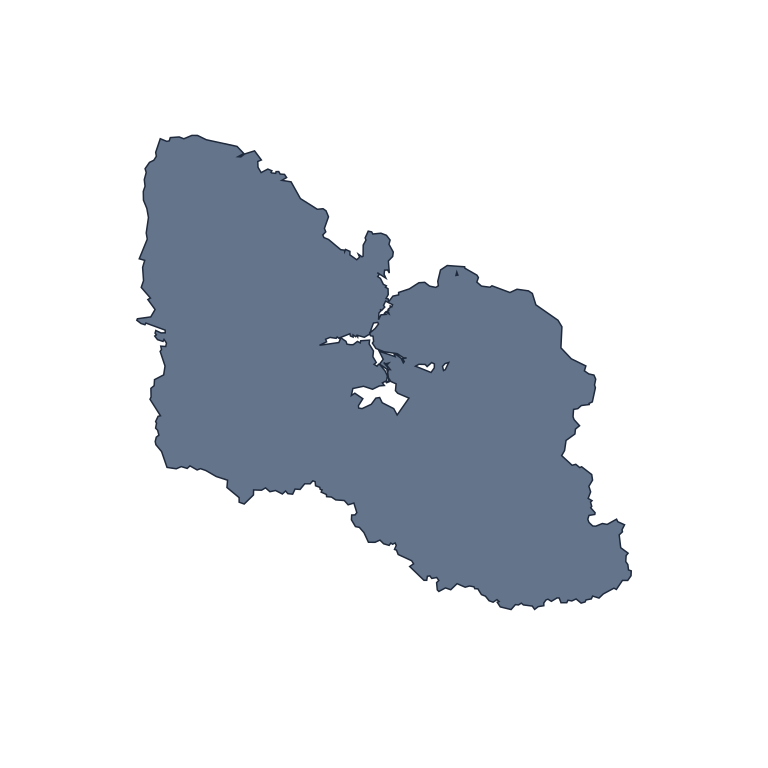 Kadamjay, Batken, Kyrgyzstan (Equal Earth projection), rotated 19°
{"feature_id": "92254566B89455719533038", "entity_name": "Kadamjay", "entity_type": "district", "adm_level": 2, "iso_a3": "KGZ", "parent_name": "Kyrgyzstan", "parent_adm1": "Batken", "projection": "equal_earth", "projection_center": [71.702, 39.995], "detail": "fine", "context": "isolated", "style": "filled", "palette": "slate", "viewbox_px": 768, "rotation_deg": 19, "n_neighbors": 0, "source": "geoboundaries", "source_scale": "gbopen_adm2", "svg_char_len": 6166}
<svg xmlns="http://www.w3.org/2000/svg" viewBox="0 0 768 768"><g transform="rotate(19 384 384)"><path d="M678.4,490.4L680.0,484.9L678.6,480.2L675.7,480.2L673.4,475.4L670.4,473.2L668.8,467.4L669.9,464.5L661.1,461.7L655.5,450.1L657.6,446.1L656.5,444.3L657.3,438.8L649.9,438.1L647.9,436.1L640.7,444.1L635.9,444.8L630.5,449.5L627.6,450.3L622.9,448.2L620.7,445.5L620.6,441.5L625.8,438.7L625.5,437.0L619.7,433.7L620.3,432.1L617.7,428.4L618.7,426.6L614.3,425.7L614.5,418.7L611.0,414.0L612.5,407.0L609.9,402.0L597.8,397.9L596.3,399.3L591.5,397.5L588.3,399.6L575.3,393.9L576.4,388.1L574.5,378.1L580.8,369.1L579.7,364.3L582.5,359.8L575.3,355.8L573.4,353.4L571.5,346.3L575.3,344.2L577.6,340.1L584.7,336.6L584.2,335.6L586.8,333.1L585.1,318.7L583.4,316.4L582.6,310.5L579.6,307.2L574.3,307.8L569.2,306.3L569.0,301.2L552.9,299.2L539.5,292.2L533.6,272.0L527.8,267.1L501.8,259.7L494.8,250.1L490.2,248.9L478.9,251.1L473.3,256.5L454.1,256.0L452.7,258.0L444.3,259.7L438.6,257.4L438.6,252.6L436.4,250.8L422.8,248.2L422.1,246.9L405.2,251.4L400.3,257.8L401.4,269.4L403.4,273.4L401.6,275.8L395.2,276.6L389.4,274.6L384.0,276.9L377.0,285.8L368.0,292.7L368.8,295.0L363.8,298.0L361.6,304.8L360.3,302.2L358.1,302.5L358.9,298.1L356.8,292.6L353.8,292.0L354.3,290.4L351.0,290.0L346.2,285.3L343.1,284.5L343.9,281.8L341.4,280.9L351.3,283.3L348.4,280.3L347.5,276.2L350.3,275.0L352.9,277.4L348.1,266.2L350.7,260.6L349.8,256.2L343.2,250.3L342.9,245.9L337.9,242.6L332.0,242.4L324.6,245.8L322.8,244.2L319.3,244.6L318.6,252.0L320.1,253.8L319.1,259.4L322.6,269.9L321.8,270.9L317.4,269.6L319.6,272.0L317.8,275.4L309.7,273.0L308.6,269.7L303.8,269.3L303.7,271.6L303.0,270.3L299.4,271.1L284.5,265.4L279.5,265.1L277.6,263.0L279.4,259.1L277.0,256.3L277.1,244.0L272.8,239.1L269.3,238.1L264.1,240.5L244.6,235.9L230.3,223.1L221.1,224.7L224.7,220.5L221.7,218.2L217.5,219.3L215.3,217.4L212.8,218.3L213.0,220.1L209.2,221.0L208.2,220.6L208.6,218.9L204.2,218.6L199.0,224.1L194.3,220.1L192.2,214.7L195.1,212.1L185.7,205.7L177.3,211.9L174.7,215.9L172.0,216.6L176.4,211.7L167.7,207.2L136.5,210.9L126.7,209.7L121.4,211.5L114.9,217.3L109.9,217.1L101.7,220.6L101.8,224.0L99.6,225.3L92.6,224.9L92.7,239.3L94.6,242.8L93.5,247.4L90.1,250.8L88.0,258.2L90.3,261.4L90.8,268.8L93.7,274.8L93.7,280.3L96.7,288.5L102.6,295.2L107.1,303.3L110.0,318.6L113.0,324.1L111.8,345.3L117.5,345.0L117.8,352.3L123.0,364.6L123.0,371.7L135.2,378.8L133.2,381.0L143.3,388.1L141.6,396.5L129.6,402.6L129.5,404.2L134.5,405.9L138.7,405.8L139.0,403.9L159.5,404.3L160.5,406.8L156.6,408.3L150.8,407.7L151.0,410.5L152.8,411.6L151.6,413.3L155.4,415.8L161.2,415.7L161.5,413.5L165.0,416.1L165.4,419.6L160.6,420.9L162.4,423.9L161.7,426.0L171.1,438.3L172.7,447.1L165.6,454.6L167.2,460.4L165.0,464.0L168.0,472.1L167.7,474.6L183.0,486.8L180.9,488.1L180.3,493.9L181.7,495.1L182.4,500.1L185.0,501.4L187.8,505.7L186.0,508.4L186.4,512.9L188.1,515.7L195.7,520.3L206.0,533.5L215.2,531.8L219.2,528.1L225.4,527.9L227.2,524.6L235.3,526.1L238.0,523.8L243.6,523.8L255.5,526.1L267.4,525.9L269.2,533.0L284.0,538.6L285.5,542.9L290.9,543.0L296.7,531.4L295.2,526.6L302.8,524.3L305.8,520.8L311.2,523.0L316.1,520.0L323.7,521.1L325.8,517.2L328.8,519.0L333.5,517.9L334.1,512.3L339.0,511.0L341.5,504.2L346.7,502.4L348.3,498.7L350.7,498.8L352.4,502.5L356.9,502.6L358.0,504.4L359.9,504.3L359.8,506.7L365.5,507.2L366.4,509.2L371.1,508.0L376.1,509.3L384.4,507.1L389.4,509.9L394.3,506.4L400.2,514.5L399.2,517.2L396.1,518.4L397.4,523.0L403.4,528.1L407.4,527.6L413.4,531.0L420.8,538.7L427.1,536.6L431.0,532.9L435.7,535.2L441.4,534.9L442.2,532.2L444.3,532.7L446.3,530.7L448.1,532.6L447.8,537.0L449.9,537.0L452.9,540.6L467.7,542.1L470.5,544.4L467.7,548.2L485.7,556.6L488.3,555.7L487.6,551.7L489.8,550.5L492.5,552.3L496.8,549.8L499.8,551.9L498.4,554.7L501.4,561.3L503.4,562.3L508.5,556.8L514.1,556.8L518.1,549.0L526.9,549.7L530.7,547.1L535.1,546.5L536.5,548.0L539.4,547.1L544.7,551.4L549.0,551.6L553.9,554.7L558.2,554.8L561.0,551.1L563.6,552.2L562.1,553.5L566.5,556.9L577.6,555.9L580.1,549.8L583.1,549.1L585.2,546.5L587.7,547.5L596.5,545.7L599.8,548.1L602.3,544.3L607.3,541.6L606.4,539.0L607.5,535.4L609.1,534.1L613.0,535.0L617.3,529.9L619.3,529.3L622.6,533.2L628.0,531.3L628.4,528.5L632.2,528.0L635.6,524.7L641.7,527.0L645.1,524.6L645.3,522.4L650.0,519.7L650.3,516.6L657.0,516.4L659.7,511.1L667.9,502.2L670.6,502.6L673.4,492.1L678.4,490.4ZM356.0,398.4L365.4,392.8L374.9,392.7L380.3,387.3L384.8,385.3L382.1,383.5L384.4,381.0L386.0,382.0L388.2,380.1L386.6,377.0L389.6,379.4L395.4,379.9L397.0,386.6L400.0,388.3L412.2,389.2L406.5,409.0L401.2,404.1L388.4,402.3L384.3,398.2L380.9,400.0L378.6,407.3L371.3,414.4L367.9,415.0L366.9,412.8L368.8,404.8L359.4,402.2L356.9,405.5L356.0,398.4ZM327.7,354.2L335.4,347.6L336.6,349.5L339.5,349.7L338.8,347.7L341.9,348.5L342.5,346.9L343.8,348.0L343.5,346.6L350.2,346.2L354.2,341.5L353.7,340.0L354.5,338.2L354.2,341.2L355.5,342.8L358.1,342.4L360.3,347.1L359.7,349.1L364.7,353.0L373.4,353.5L386.6,351.0L393.9,352.9L396.9,352.0L393.2,354.1L395.9,356.2L395.4,357.7L391.9,354.2L386.2,352.3L384.1,352.8L385.5,354.5L368.8,354.6L375.2,360.9L373.3,366.6L382.0,369.1L382.9,371.2L382.3,367.1L376.7,363.8L379.0,364.4L381.7,362.6L380.5,365.3L385.3,368.4L383.6,369.0L383.7,371.9L387.8,379.8L385.5,381.0L384.6,375.3L380.9,371.4L374.0,367.2L372.4,367.1L371.6,369.5L368.2,368.6L369.7,366.2L364.6,361.8L363.3,356.2L356.9,351.0L356.1,347.2L347.9,350.7L348.1,352.9L345.0,352.4L342.1,356.8L339.3,357.8L336.0,358.4L334.2,356.1L327.7,354.2ZM408.0,356.9L410.6,354.0L416.6,352.1L419.1,353.5L422.1,348.2L425.1,348.6L426.3,352.4L424.7,357.8L408.0,356.9ZM355.8,314.8L357.9,315.1L359.7,311.0L358.0,309.8L358.5,305.1L366.3,306.2L366.2,308.6L364.5,308.2L365.0,309.7L363.6,312.0L364.5,312.5L362.8,314.8L364.9,314.7L366.0,316.1L362.2,315.2L361.4,317.0L363.1,317.6L358.6,319.6L357.9,325.0L356.1,318.5L357.5,315.2L355.8,314.8ZM310.4,368.4L316.0,362.8L314.2,360.7L317.8,357.5L323.9,356.4L324.4,354.8L328.1,355.9L327.8,359.5L310.4,368.4ZM354.0,337.3L354.2,329.8L358.0,327.8L359.3,329.1L357.6,334.3L355.2,338.4L354.0,337.3ZM433.6,348.3L435.1,344.8L438.2,342.6L437.3,350.4L435.9,351.9L433.6,348.3ZM416.7,257.9L416.4,254.5L418.4,257.0L416.7,257.9Z" fill="#64748b" stroke="#1e293b" stroke-width="1.5"/></g></svg>